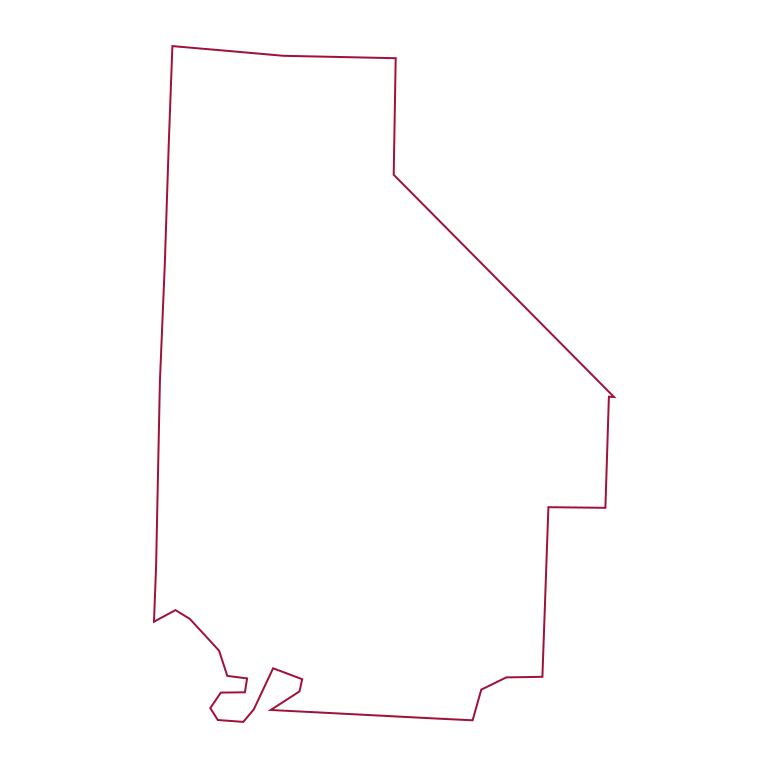 Morgan, Missouri, United States of America
{"feature_id": "52423323B53823188034237", "entity_name": "Morgan", "entity_type": "district", "adm_level": 2, "iso_a3": "USA", "parent_name": "United States of America", "parent_adm1": "Missouri", "projection": "equal_earth", "projection_center": [-92.922, 38.441], "detail": "fine", "context": "isolated", "style": "outline", "palette": "rose", "viewbox_px": 768, "rotation_deg": 0, "n_neighbors": 0, "source": "geoboundaries", "source_scale": "gbopen_adm2", "svg_char_len": 532}
<svg xmlns="http://www.w3.org/2000/svg" viewBox="0 0 768 768"><path d="M164.8,264.2L159.9,381.6L156.1,565.8L154.0,621.7L175.4,610.1L189.8,618.9L219.1,650.7L227.3,675.9L247.1,678.4L244.9,692.3L220.8,692.6L210.3,708.1L217.8,720.0L243.3,721.9L253.8,709.4L273.1,668.3L302.2,679.2L299.5,691.4L270.7,710.0L429.4,718.2L472.6,720.3L481.3,689.6L506.3,677.4L542.4,676.8L548.4,507.2L605.4,507.8L608.9,396.7L614.0,397.0L393.7,174.8L395.7,58.2L283.5,55.8L172.4,46.1L168.8,142.7L164.8,264.2Z" fill="none" stroke="#9f1239" stroke-width="2"/></svg>